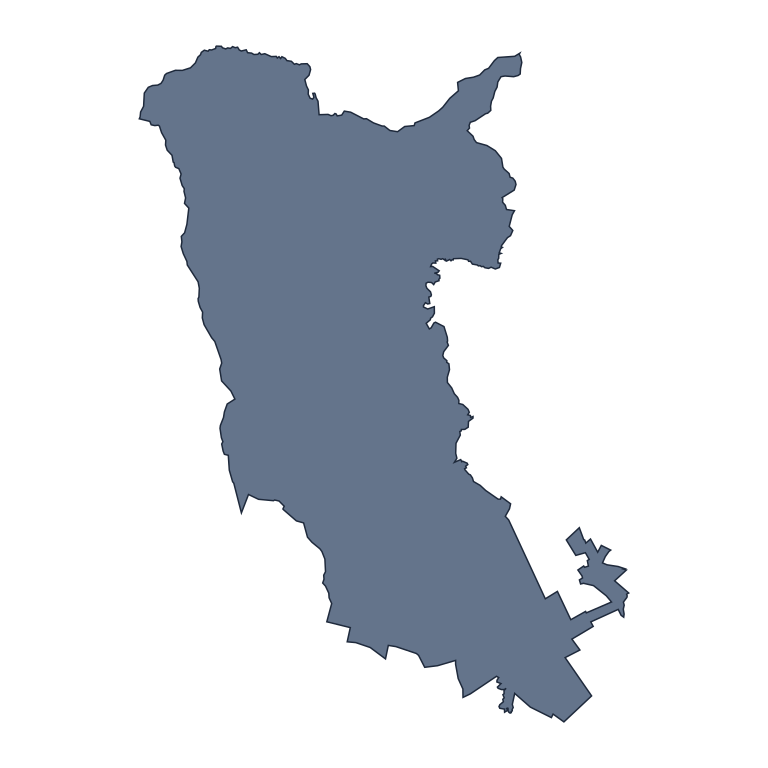 the district of Sanzieni, Covasna, Romania
{"feature_id": "2599482B84054601093949", "entity_name": "Sanzieni", "entity_type": "district", "adm_level": 2, "iso_a3": "ROU", "parent_name": "Romania", "parent_adm1": "Covasna", "projection": "orthographic", "projection_center": [26.129, 46.084], "detail": "fine", "context": "isolated", "style": "filled", "palette": "slate", "viewbox_px": 768, "rotation_deg": 0, "n_neighbors": 0, "source": "geoboundaries", "source_scale": "gbopen_adm2", "svg_char_len": 6039}
<svg xmlns="http://www.w3.org/2000/svg" viewBox="0 0 768 768"><path d="M624.8,568.7L618.1,566.5L607.0,564.8L602.5,562.9L605.3,556.6L608.9,551.5L610.7,550.1L601.3,545.4L597.7,552.2L590.5,539.0L585.8,543.1L584.7,540.0L583.7,539.6L579.3,527.7L566.3,539.9L575.8,555.4L585.4,552.7L589.2,559.4L587.3,560.6L588.4,566.1L584.6,567.3L583.7,566.0L577.9,570.0L582.0,575.9L582.5,578.0L579.4,579.9L580.6,584.0L583.5,583.3L593.5,585.6L606.3,595.8L611.5,602.0L586.3,612.9L585.6,611.4L570.8,619.7L557.4,591.4L545.3,598.8L508.7,520.0L505.3,516.3L509.5,508.8L510.6,503.8L501.2,496.8L500.5,499.1L498.2,499.2L485.7,490.5L480.2,485.4L473.5,481.5L472.4,477.9L470.4,474.9L468.7,474.1L464.9,469.7L464.6,468.7L466.4,467.8L465.6,466.2L467.8,464.6L467.2,463.2L462.6,461.2L461.8,461.7L460.7,459.6L454.4,462.3L456.9,458.2L455.7,453.4L456.0,443.3L460.3,435.1L459.8,431.5L461.2,430.9L461.4,429.5L464.8,429.4L468.2,427.2L468.5,421.4L473.0,418.1L473.0,416.5L470.6,417.4L470.4,415.5L467.7,414.8L469.3,412.3L468.0,409.3L462.8,404.5L458.8,403.5L458.9,400.3L457.6,397.4L454.3,393.7L451.7,387.9L447.4,382.5L447.3,377.3L449.5,369.7L448.9,363.8L446.7,362.3L446.9,360.7L443.7,357.9L442.8,355.5L443.7,351.7L448.4,345.4L447.1,342.0L447.6,341.1L447.3,337.3L444.0,326.6L435.5,322.2L433.9,323.0L431.2,327.8L429.3,328.9L426.2,323.3L430.3,319.8L430.6,318.2L432.5,316.8L434.4,313.2L434.3,306.7L427.7,309.0L423.5,307.0L423.5,305.6L425.4,302.7L427.7,304.0L429.8,303.5L428.8,297.1L430.8,296.4L431.4,294.9L430.5,291.8L426.9,288.3L425.9,285.7L426.1,283.2L428.0,282.2L431.5,282.5L433.7,284.6L435.2,282.0L439.0,280.7L438.8,279.4L439.9,278.2L439.7,275.3L437.4,274.7L436.6,273.5L434.3,273.2L438.0,272.3L439.2,270.8L432.6,266.4L430.6,266.6L431.7,263.9L432.8,263.0L435.8,263.1L435.4,260.9L437.6,260.8L437.4,259.2L438.8,258.7L441.1,259.3L442.7,258.7L444.2,259.7L445.2,259.1L445.7,259.8L445.3,260.6L446.5,261.1L449.7,259.5L451.0,260.8L452.2,259.7L453.1,260.0L453.5,258.7L461.2,258.4L467.9,259.8L468.6,261.3L470.5,261.3L472.4,264.1L477.4,265.0L478.3,265.9L480.3,265.7L481.4,266.7L483.3,266.4L484.8,267.7L488.6,268.4L491.1,267.2L495.3,269.0L499.4,267.5L500.7,263.2L498.1,263.0L497.8,259.8L498.7,258.3L498.8,254.4L501.1,253.4L499.2,252.8L500.7,248.7L502.4,247.4L501.2,247.0L501.6,245.5L507.5,237.6L510.5,235.7L512.8,230.5L509.2,226.4L512.2,214.8L514.5,210.7L506.5,209.5L505.3,205.3L502.6,202.2L502.8,198.7L502.1,197.6L514.2,190.1L516.0,184.5L515.2,181.2L512.8,178.1L510.1,177.2L509.1,173.5L504.2,169.1L502.9,167.1L501.5,158.4L495.3,150.7L486.9,145.5L476.5,142.6L474.2,139.6L473.0,136.2L467.2,130.7L469.5,128.1L469.1,125.4L470.3,122.3L475.1,120.7L485.6,113.7L487.7,113.2L490.8,110.4L490.6,106.1L491.5,101.1L493.2,97.9L494.8,91.5L497.1,87.1L497.8,82.0L501.0,76.7L505.0,76.0L513.7,76.7L518.1,75.5L520.2,74.0L520.5,68.6L521.8,62.5L520.6,56.9L519.2,54.4L519.8,53.2L514.7,56.3L497.8,57.5L494.4,60.6L488.6,68.3L484.7,69.9L479.7,75.0L473.5,77.2L465.4,78.5L457.6,82.4L458.4,90.8L449.8,98.3L442.8,107.2L438.7,110.9L429.4,117.3L415.0,122.9L414.2,125.6L404.7,126.5L397.6,131.7L389.9,130.5L384.3,126.1L382.0,126.0L373.5,122.9L366.5,118.7L363.7,118.9L350.7,112.2L344.3,111.1L341.7,115.1L337.2,115.9L336.2,114.0L334.9,113.5L333.1,115.3L331.0,115.7L328.1,114.4L319.1,114.7L318.0,101.2L316.1,97.7L315.2,94.1L314.6,93.2L312.8,93.4L313.9,97.3L312.6,99.1L310.1,98.2L308.2,94.2L308.4,89.9L306.5,86.0L304.8,79.5L309.0,75.3L310.6,69.6L309.9,66.7L307.2,63.7L301.2,63.9L299.4,64.8L296.3,63.6L294.4,64.3L291.4,61.3L286.9,60.6L285.3,58.4L281.9,56.7L280.6,58.5L279.0,56.7L277.3,58.0L276.3,56.4L271.3,56.6L264.8,53.7L261.2,54.5L259.4,52.7L257.8,54.3L253.9,54.5L251.6,53.1L247.6,52.7L246.2,49.8L241.3,51.0L239.3,50.0L237.6,47.2L235.2,47.7L232.6,46.6L230.5,48.4L227.7,47.9L225.7,48.9L222.5,47.8L221.4,46.3L216.6,46.1L216.0,46.4L215.6,48.5L211.5,50.0L209.3,49.7L208.1,51.2L204.3,50.2L201.3,52.4L200.5,54.7L197.9,57.1L195.4,62.9L190.5,67.8L182.4,70.4L175.4,70.3L166.5,73.5L164.7,75.2L163.1,80.2L161.0,83.4L157.7,85.1L152.6,85.5L148.3,87.3L144.3,93.1L143.6,106.3L140.6,112.0L140.1,116.9L139.3,118.8L149.8,121.4L151.2,124.8L154.8,125.6L158.2,125.2L159.4,126.0L161.6,132.7L165.8,140.2L165.5,145.0L167.2,150.2L172.0,155.3L173.2,162.1L174.0,162.5L174.7,166.0L175.6,167.3L178.8,168.6L181.1,174.0L180.0,178.2L182.2,185.6L184.3,188.7L184.0,191.4L185.6,197.9L184.5,203.4L188.8,208.1L186.9,224.3L184.6,232.8L181.3,236.4L181.9,241.9L181.1,246.5L183.3,253.7L186.9,261.4L187.3,265.0L198.1,281.8L199.3,288.2L198.9,297.0L198.1,298.6L198.3,301.4L200.1,307.5L202.6,312.1L202.3,317.9L204.1,324.7L211.7,337.8L214.8,341.5L221.1,359.6L221.7,363.1L219.7,369.0L221.6,380.9L230.9,391.0L234.9,399.1L227.2,404.0L224.4,411.9L223.5,417.5L220.4,425.4L220.0,428.3L221.4,437.8L222.9,441.7L221.7,444.0L223.1,451.0L224.4,454.3L228.3,455.3L229.3,470.2L232.6,481.7L233.8,483.2L241.4,512.9L248.5,494.5L258.5,499.3L273.5,500.7L274.6,500.0L279.0,501.0L284.2,506.2L282.9,509.0L283.7,509.9L296.4,520.9L303.6,522.9L307.5,537.2L312.0,542.3L319.9,548.8L321.9,551.5L324.9,559.1L325.5,571.7L323.7,575.2L324.0,579.2L322.7,583.0L325.5,586.1L328.8,593.2L329.1,597.8L331.7,603.5L326.8,621.8L350.3,627.6L347.2,641.8L355.8,642.6L370.2,647.5L385.5,658.9L388.3,645.4L395.9,646.6L416.4,653.5L418.6,655.4L424.7,667.3L437.6,665.7L455.6,660.4L455.6,664.3L458.2,678.6L462.9,689.0L463.0,697.4L470.3,693.9L496.5,676.3L498.7,677.6L497.0,680.2L496.9,682.0L501.0,683.6L497.4,687.1L498.1,688.3L501.5,689.6L504.4,689.5L506.1,688.3L504.0,690.6L504.1,693.7L502.9,694.7L504.2,697.8L502.8,699.3L503.4,701.7L499.8,704.7L499.0,706.6L499.8,708.3L504.4,709.1L504.6,712.2L507.4,710.5L507.6,709.6L506.6,708.7L507.2,708.1L508.0,708.3L508.1,711.0L508.9,712.3L510.1,713.1L511.3,712.6L511.1,711.8L512.3,710.8L512.1,709.6L513.2,707.5L512.3,704.5L514.7,693.4L530.3,707.1L551.4,717.6L553.1,714.1L563.9,721.9L591.6,695.9L565.1,657.6L579.9,650.0L571.9,639.1L593.2,626.4L590.8,621.9L618.2,609.4L621.1,615.3L623.7,617.2L624.1,614.1L623.3,609.1L624.2,605.2L623.4,602.1L626.9,597.4L627.2,595.9L626.6,594.2L628.7,593.0L614.6,580.8L626.4,570.0L623.5,569.1L624.8,568.7Z" fill="#64748b" stroke="#1e293b" stroke-width="1.5"/></svg>